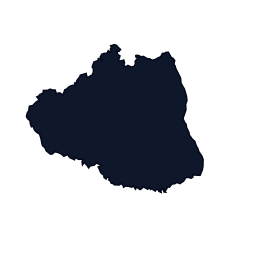 Barros Cassal, Rio Grande do Sul, Brazil, rotated 142°
{"feature_id": "56859067B19598625391964", "entity_name": "Barros Cassal", "entity_type": "district", "adm_level": 2, "iso_a3": "BRA", "parent_name": "Brazil", "parent_adm1": "Rio Grande do Sul", "projection": "albers", "projection_center": [-52.583, -29.1], "detail": "fine", "context": "isolated", "style": "filled", "palette": "ink", "viewbox_px": 256, "rotation_deg": 142, "n_neighbors": 0, "source": "geoboundaries", "source_scale": "gbopen_adm2", "svg_char_len": 2876}
<svg xmlns="http://www.w3.org/2000/svg" viewBox="0 0 256 256"><g transform="rotate(142 128 128)"><path d="M173.8,91.7L170.0,88.5L167.6,88.4L167.2,85.8L167.9,84.1L165.8,83.8L163.7,82.0L161.4,79.0L159.4,79.2L159.8,75.2L157.2,76.1L157.0,73.9L156.4,72.1L154.5,71.8L152.2,72.3L150.2,67.7L147.3,67.2L148.0,65.7L146.2,65.3L146.2,63.5L145.3,61.5L143.7,62.1L142.0,60.9L142.7,59.2L141.5,56.8L140.6,58.6L137.7,58.5L139.0,55.4L137.8,54.2L137.6,55.9L136.1,55.8L132.9,57.2L131.8,55.8L129.8,56.4L127.6,56.6L125.2,55.2L123.1,55.1L121.3,52.2L116.9,51.9L113.0,53.3L110.9,52.0L109.1,49.5L107.0,49.4L106.1,51.3L100.3,46.3L95.2,49.3L92.4,51.8L88.2,57.0L87.1,60.4L86.7,66.0L85.6,68.6L85.2,71.8L83.6,76.5L84.2,79.6L84.0,84.7L82.8,86.8L81.5,92.4L79.8,95.5L80.0,97.2L78.9,101.6L71.1,106.7L67.9,111.3L64.6,113.4L62.3,117.2L59.6,124.0L58.7,130.5L55.8,135.1L53.8,145.3L52.7,147.9L52.6,149.8L51.0,151.4L49.7,152.3L49.6,154.8L50.5,157.3L50.2,159.1L49.6,163.0L51.5,164.2L53.2,164.4L55.0,165.6L57.3,164.4L59.2,164.2L60.9,164.7L63.8,165.1L65.8,165.9L67.3,166.4L68.1,168.8L70.2,171.0L71.1,173.0L71.6,174.7L72.8,175.6L74.2,175.9L74.5,177.9L75.7,179.5L77.3,180.3L78.1,179.0L77.1,177.6L78.6,176.7L80.5,176.5L81.7,175.7L82.6,174.1L84.8,172.8L86.4,173.4L88.0,174.0L88.6,175.6L89.6,177.4L91.8,177.5L92.9,179.8L90.6,181.5L89.5,184.2L91.9,185.0L93.3,186.0L93.4,187.7L91.8,188.4L89.9,189.8L90.8,192.0L90.3,193.5L89.6,195.1L87.8,193.9L85.5,194.5L85.8,196.1L86.1,198.0L86.1,200.1L87.6,202.3L89.4,202.7L91.0,203.5L91.7,201.4L93.3,201.1L93.3,199.3L95.4,199.4L95.9,201.1L97.4,200.4L99.0,200.0L100.7,201.4L103.4,202.3L104.7,201.6L106.3,201.0L106.8,198.1L108.7,201.0L110.0,199.6L114.1,201.0L115.8,200.0L118.6,198.2L118.9,195.8L121.2,193.1L123.7,191.8L125.4,192.3L126.8,192.2L129.1,193.2L127.4,196.8L133.1,199.0L134.4,198.0L136.6,197.6L139.2,196.8L140.8,195.5L142.3,196.3L143.2,194.5L146.7,196.3L149.1,196.8L152.3,196.5L154.4,197.0L158.8,194.1L160.2,197.8L163.3,199.3L162.0,202.7L164.2,204.6L165.5,206.6L168.1,207.1L171.5,209.7L173.6,207.8L176.8,208.7L178.7,208.2L180.7,208.7L180.8,204.0L182.1,204.8L184.4,205.0L187.7,204.6L189.3,204.3L192.3,205.9L195.5,202.8L198.2,201.8L199.4,200.8L200.9,199.7L201.4,197.2L201.0,195.5L200.8,193.9L202.1,191.9L203.4,188.5L201.6,187.3L202.8,184.7L202.9,183.1L202.6,180.7L201.5,177.7L202.5,174.7L203.7,172.0L204.9,169.7L205.7,168.2L206.2,166.6L205.9,165.0L205.5,163.5L206.2,161.7L206.4,160.0L205.3,155.3L204.1,154.3L202.5,154.1L200.7,154.6L198.3,152.0L196.3,147.9L196.0,145.2L192.0,144.3L192.1,140.5L189.7,135.9L187.8,137.3L186.3,133.8L184.3,132.2L182.2,131.3L185.0,129.7L186.5,127.0L183.7,127.9L183.3,123.5L183.6,120.8L181.0,121.4L177.7,119.6L174.3,119.8L172.3,115.1L173.8,114.8L175.4,115.7L176.1,112.6L177.0,109.6L176.1,105.6L177.3,103.9L176.7,101.3L175.1,102.1L173.1,100.3L175.1,99.0L174.6,97.2L175.2,95.0L174.0,93.5L173.8,91.7Z" fill="#0f172a" stroke="#020617" stroke-width="1.5"/></g></svg>